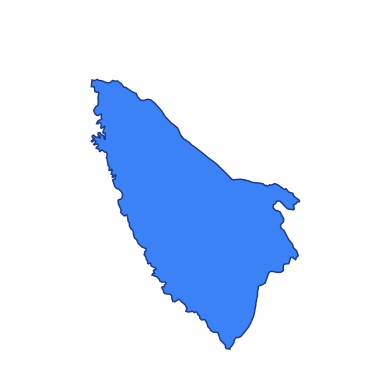 outline of Miabi, Kasaï-Oriental, Democratic Republic of the Congo, rotated 324°
{"feature_id": "63176286B13611321695248", "entity_name": "Miabi", "entity_type": "district", "adm_level": 2, "iso_a3": "COD", "parent_name": "Democratic Republic of the Congo", "parent_adm1": "Kasaï-Oriental", "projection": "robinson", "projection_center": [23.286, -6.293], "detail": "fine", "context": "isolated", "style": "filled", "palette": "blue", "viewbox_px": 384, "rotation_deg": 324, "n_neighbors": 0, "source": "geoboundaries", "source_scale": "gbopen_adm2", "svg_char_len": 5604}
<svg xmlns="http://www.w3.org/2000/svg" viewBox="0 0 384 384"><g transform="rotate(324 192 192)"><path d="M113.7,270.8L118.1,271.0L118.7,271.8L119.0,275.1L120.2,279.1L120.0,280.4L119.5,283.1L116.9,284.9L118.4,286.9L122.4,288.9L122.8,290.2L123.0,290.9L124.9,291.5L125.4,292.3L125.2,293.0L124.6,294.5L125.0,295.8L125.2,296.5L124.2,298.9L124.5,300.3L124.7,301.3L127.3,302.6L127.1,306.5L126.3,308.8L125.6,310.7L126.2,312.9L125.7,314.9L126.9,317.9L130.4,320.9L128.2,327.6L128.2,327.8L128.0,328.4L128.5,332.2L129.0,335.5L128.0,337.0L127.7,337.4L127.7,337.5L127.8,339.0L130.4,341.4L130.8,340.5L132.8,340.1L134.5,339.6L136.5,338.9L137.1,338.5L138.4,337.5L139.9,336.3L141.7,335.8L142.9,336.3L144.5,337.1L146.3,337.6L151.4,336.5L152.0,336.2L153.3,336.0L154.5,335.5L158.4,334.5L159.9,333.7L162.3,332.6L164.6,331.2L167.2,329.7L170.7,327.2L171.8,326.1L173.2,324.8L174.4,323.5L176.7,321.5L177.8,320.0L179.6,318.4L181.1,316.9L182.2,315.7L183.6,314.8L184.2,314.1L185.0,313.1L186.3,311.3L187.6,310.0L188.6,309.2L190.1,307.5L190.8,307.3L191.0,307.3L193.5,308.1L197.6,308.7L200.6,306.6L201.8,305.8L206.1,302.7L207.6,302.3L208.8,302.6L209.8,302.9L214.0,307.4L216.8,309.1L219.7,309.3L222.4,305.6L222.6,305.4L222.9,304.9L224.4,304.7L228.2,306.8L233.3,303.0L233.8,303.3L234.8,304.0L236.1,307.6L238.4,306.1L240.5,306.1L242.0,301.1L241.5,297.4L241.4,297.3L241.3,296.7L242.6,293.3L242.4,289.0L242.4,288.9L242.3,286.9L243.8,277.1L243.7,276.7L242.8,273.9L243.1,273.0L243.6,271.4L244.7,270.7L245.2,270.4L245.8,270.3L248.5,269.8L249.3,268.9L250.4,267.8L251.0,263.4L251.5,260.1L250.4,257.5L248.8,256.2L248.6,254.7L248.5,253.7L248.3,252.5L249.5,251.1L250.1,250.3L250.6,250.3L252.7,250.4L254.1,249.7L255.0,249.6L255.8,249.4L257.8,251.1L258.4,255.3L258.4,255.5L259.2,260.9L259.3,261.0L260.0,262.5L263.7,266.1L264.6,265.9L264.8,265.8L266.4,262.2L267.6,262.4L269.1,262.6L271.2,261.9L272.3,262.6L273.0,263.0L273.7,262.7L273.8,261.9L273.9,261.3L273.0,258.8L272.4,257.2L272.3,256.1L272.1,254.0L272.8,252.4L271.7,250.8L270.1,248.7L270.1,246.9L270.0,244.6L268.2,244.3L268.2,244.2L267.6,242.3L265.5,236.2L264.4,234.7L263.8,233.8L263.3,233.7L260.2,233.1L259.2,231.9L257.9,231.9L256.6,232.0L256.1,230.7L256.0,230.2L255.7,230.1L254.9,229.9L254.2,227.0L252.6,225.4L252.0,224.7L246.5,219.7L244.4,216.4L241.4,212.8L238.9,210.3L235.4,208.1L233.3,206.8L232.7,206.6L231.7,205.0L230.3,195.5L228.4,184.4L227.0,179.3L225.3,174.1L224.9,172.6L223.4,166.7L221.1,158.7L220.7,157.4L219.4,153.9L218.9,150.3L217.3,146.0L216.5,143.9L216.4,140.9L216.3,139.1L216.5,138.3L216.6,137.7L217.3,134.8L218.0,131.8L217.1,128.6L215.8,123.9L214.6,115.7L214.8,112.2L215.1,108.4L214.1,98.2L212.8,93.2L211.2,91.6L210.4,90.8L210.3,90.7L207.6,89.8L206.5,89.4L204.5,87.4L204.0,84.2L203.9,83.6L204.7,79.4L204.1,78.4L201.8,74.1L200.7,70.8L200.0,68.5L198.4,67.1L198.5,62.7L197.8,60.9L196.8,58.1L195.5,57.7L194.0,55.9L193.2,55.0L192.1,55.2L190.0,55.4L189.2,55.0L187.7,54.2L184.4,48.9L182.4,47.3L181.6,45.5L181.5,45.1L179.1,44.8L178.6,44.7L178.4,44.4L177.0,42.6L175.9,43.7L172.5,47.6L173.5,48.5L174.7,49.6L173.8,51.2L172.4,53.5L173.1,54.7L173.5,55.4L174.4,55.7L174.8,55.8L175.0,56.9L172.8,59.1L171.4,60.4L169.5,63.7L167.6,65.7L166.9,66.4L165.6,66.5L164.2,66.5L161.1,67.8L160.0,69.0L159.5,72.3L159.7,72.8L160.1,74.1L160.8,74.7L161.0,74.9L164.0,75.3L164.5,75.9L162.5,78.1L161.9,79.8L159.3,79.5L157.2,79.3L155.5,80.3L155.0,80.6L155.9,81.6L157.1,81.5L158.1,81.4L158.3,82.2L158.5,83.0L158.4,83.4L157.9,84.6L155.8,86.4L156.2,87.3L159.4,87.3L159.7,87.6L160.0,87.8L157.3,89.7L156.3,90.4L154.7,91.5L155.1,92.7L155.7,93.1L156.3,93.4L153.0,98.1L152.3,98.0L152.8,96.4L153.5,94.3L152.1,91.9L152.5,90.2L152.1,89.4L150.9,89.1L149.8,90.0L149.7,90.8L149.5,91.4L150.2,93.4L149.4,94.3L148.1,92.1L147.1,91.6L146.6,91.3L146.4,90.7L145.8,88.1L144.1,88.0L143.4,89.5L144.3,91.2L140.5,91.6L140.2,92.2L140.5,92.7L140.6,92.8L143.5,93.0L144.0,94.3L143.4,95.1L140.5,95.7L140.6,96.5L141.4,96.8L143.4,97.4L143.8,97.5L144.0,98.8L143.7,99.2L143.3,99.8L142.9,99.8L141.0,99.6L140.2,100.4L140.7,101.0L142.1,102.6L141.1,104.6L141.3,105.2L144.2,105.2L144.7,108.2L145.6,109.1L146.2,109.6L145.3,112.1L142.9,114.0L142.7,115.4L139.8,121.1L139.8,123.4L137.7,125.5L138.4,126.6L139.6,126.4L140.2,126.3L140.5,127.2L137.1,130.1L138.3,131.2L136.2,133.1L136.5,133.5L136.9,133.9L138.1,133.5L138.3,133.5L139.7,133.0L140.3,133.6L139.6,134.2L137.1,136.4L137.0,136.2L136.9,135.9L134.9,135.5L134.1,137.9L132.9,141.9L132.9,144.3L134.1,146.3L134.4,146.8L135.0,149.9L134.6,152.5L134.4,153.1L133.3,154.3L132.2,155.5L130.1,156.0L128.3,155.1L127.9,155.2L127.2,155.4L125.6,158.1L125.5,158.3L125.4,158.5L125.1,160.0L124.3,164.3L123.4,165.5L122.4,166.8L122.8,170.8L123.6,171.9L125.5,171.8L126.0,172.5L123.0,178.6L123.0,179.4L123.1,180.3L121.5,182.5L120.9,185.9L121.1,186.3L121.6,188.3L118.8,194.1L118.6,195.6L119.0,197.7L119.1,198.2L118.3,202.0L118.4,202.9L119.1,206.9L121.5,210.8L120.3,212.2L118.4,212.6L117.3,214.2L116.4,214.5L116.4,218.0L115.3,220.0L115.6,221.6L114.2,223.7L114.5,224.4L114.5,224.5L115.4,224.6L116.4,224.7L116.6,225.2L115.5,227.8L116.0,228.9L117.9,232.2L117.6,233.0L117.5,233.4L117.3,233.3L115.8,232.7L114.4,233.1L114.1,234.3L113.7,235.7L112.6,235.0L111.7,235.4L110.8,235.7L112.2,237.7L113.6,239.7L114.2,242.9L113.7,245.3L114.7,247.3L116.0,248.0L117.4,248.8L117.4,249.1L117.7,250.2L117.2,250.7L116.9,251.0L116.0,250.9L115.4,250.9L113.9,252.3L112.0,251.2L111.8,251.3L111.3,251.5L111.2,253.2L111.0,254.8L110.5,255.7L110.1,256.3L110.2,257.3L110.2,257.8L110.4,257.9L111.2,259.2L114.3,261.9L114.5,263.1L114.7,264.2L113.7,265.5L113.1,266.4L112.2,269.3L113.2,270.3L113.7,270.8Z" fill="#3b82f6" stroke="#1e3a8a" stroke-width="1.5"/></g></svg>